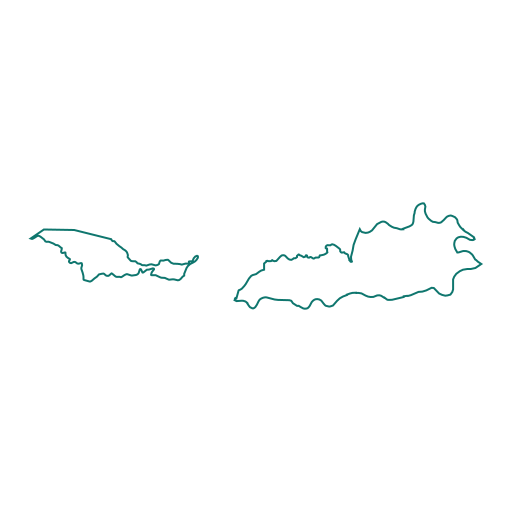 Hatillo De Loba, Bolívar, Colombia (Albers equal-area conic projection)
{"feature_id": "7082276B61387460600045", "entity_name": "Hatillo De Loba", "entity_type": "district", "adm_level": 2, "iso_a3": "COL", "parent_name": "Colombia", "parent_adm1": "Bolívar", "projection": "albers", "projection_center": [-74.128, 8.992], "detail": "fine", "context": "isolated", "style": "outline", "palette": "teal", "viewbox_px": 512, "rotation_deg": 0, "n_neighbors": 0, "source": "geoboundaries", "source_scale": "gbopen_adm2", "svg_char_len": 6051}
<svg xmlns="http://www.w3.org/2000/svg" viewBox="0 0 512 512"><path d="M388.0,299.9L392.0,299.8L403.7,297.0L403.7,296.3L407.3,295.8L407.8,296.0L410.8,295.2L418.5,291.9L422.4,291.6L426.3,290.4L431.6,287.8L433.8,288.0L439.1,293.5L442.1,294.9L445.3,295.7L447.5,295.4L450.4,294.6L452.3,292.0L453.1,289.4L453.1,279.4L454.2,276.7L456.3,273.8L459.8,271.2L463.0,269.7L467.3,269.0L470.8,269.0L475.4,268.0L481.3,264.0L477.9,261.7L476.2,260.1L475.2,259.5L472.8,255.4L472.0,254.4L469.5,252.3L468.2,251.7L466.2,251.1L463.7,251.0L462.5,251.2L458.7,252.4L457.3,252.5L455.3,249.0L454.5,246.5L454.2,244.8L454.3,243.1L454.8,240.9L456.6,238.4L458.3,237.3L460.9,236.7L463.5,236.9L466.4,237.8L469.9,239.8L472.3,240.1L473.5,239.9L474.0,239.6L474.1,238.8L473.9,238.0L474.3,238.2L474.0,237.3L467.9,233.0L465.4,231.7L464.3,230.8L463.4,229.6L463.2,229.9L460.4,227.1L459.3,225.5L457.7,222.7L457.3,220.2L456.8,219.2L455.0,217.2L452.4,216.0L450.8,215.5L449.0,215.8L447.3,216.5L446.2,217.4L443.4,220.4L442.7,220.9L441.9,221.7L440.8,222.5L439.7,222.8L438.2,222.9L435.3,222.1L432.8,221.8L431.1,220.8L428.6,218.7L427.5,217.4L425.6,213.7L424.9,211.3L424.9,209.4L425.4,206.6L424.9,204.9L423.9,203.4L422.8,203.3L421.1,203.7L419.0,204.7L417.5,205.8L416.4,207.2L415.5,209.0L414.7,211.6L414.6,213.0L413.9,215.3L413.4,221.6L413.0,223.1L412.4,224.4L411.5,225.2L409.4,226.4L402.9,228.8L403.1,229.3L401.6,229.4L400.1,229.3L396.8,228.2L394.0,227.7L391.9,226.8L389.8,225.5L388.8,224.8L387.9,223.8L385.5,222.1L384.0,221.6L382.4,221.6L381.3,221.9L377.1,224.1L372.0,230.4L369.7,231.9L367.9,232.6L365.6,232.9L362.1,232.1L360.8,231.1L359.8,229.2L355.6,239.4L353.6,244.9L352.6,250.6L351.0,256.8L351.2,259.6L351.9,261.6L351.7,261.8L350.6,261.7L350.3,261.3L350.6,261.1L349.4,260.3L349.6,259.4L349.2,259.2L348.2,256.2L348.1,255.1L347.4,254.3L345.2,253.4L344.4,252.8L344.2,252.3L343.5,252.3L342.7,252.5L341.7,252.6L340.9,252.2L340.2,251.2L340.2,249.9L339.9,249.1L339.0,248.3L336.0,246.0L334.1,244.8L332.3,244.3L331.5,244.5L330.4,245.3L327.3,245.2L326.3,245.8L325.7,246.9L325.7,248.1L326.0,248.4L327.0,248.6L327.1,249.0L327.1,251.4L327.4,252.3L327.0,252.8L325.5,253.9L323.8,254.7L321.0,255.3L320.0,255.3L319.7,255.6L319.5,256.4L319.1,257.2L318.5,257.5L315.5,257.6L314.0,258.5L313.2,258.5L311.0,257.1L310.2,257.0L309.3,257.6L308.2,257.6L307.3,257.1L307.0,255.6L306.6,255.3L306.0,255.3L305.0,256.8L303.7,257.2L301.4,255.8L299.7,255.2L299.1,254.6L298.5,254.5L297.0,255.9L297.0,257.1L295.5,258.2L293.7,258.3L292.9,259.0L291.5,259.8L290.0,259.7L289.0,259.3L287.7,258.4L285.2,255.8L284.1,255.3L283.0,255.2L281.6,255.5L280.0,256.9L276.4,260.9L274.5,261.2L272.8,260.7L272.4,260.2L271.9,260.3L271.6,260.8L271.0,261.1L268.8,261.2L267.2,260.8L266.5,261.0L266.6,261.4L264.1,263.5L264.1,269.7L261.3,270.5L259.3,271.7L256.1,274.1L252.6,275.1L251.2,275.9L249.0,278.5L245.7,284.1L244.2,286.1L241.8,288.7L240.2,289.7L239.0,290.1L238.6,290.5L236.4,298.4L235.4,298.0L235.2,298.3L235.6,298.5L234.6,300.1L236.5,301.1L241.8,300.7L243.3,300.8L245.5,301.5L247.4,303.0L247.5,303.2L247.3,303.4L248.8,305.7L250.0,307.2L252.3,308.3L253.2,308.4L254.3,307.9L255.3,307.1L256.9,304.7L258.5,301.4L259.7,299.6L261.3,298.5L263.2,297.7L265.2,297.3L266.6,297.4L274.6,299.5L277.9,299.9L289.4,300.2L291.3,300.8L292.9,303.2L296.9,305.8L297.8,305.9L298.7,305.8L300.6,307.0L303.2,308.4L304.6,308.7L306.2,308.6L307.6,308.2L308.7,307.2L309.7,305.9L311.7,302.1L313.0,300.7L314.4,299.7L315.8,299.2L317.5,299.1L319.4,299.5L321.3,300.6L323.6,303.6L325.1,305.3L325.9,305.8L328.8,306.5L329.9,306.5L331.0,306.2L333.0,305.5L337.0,300.9L339.8,298.3L343.0,296.5L347.0,295.0L346.9,294.6L350.0,293.5L352.4,292.9L356.1,292.7L356.2,293.0L358.4,292.9L361.5,293.4L365.6,295.6L368.1,296.6L370.6,297.0L373.4,296.9L377.2,295.4L379.5,295.3L381.2,295.8L384.3,297.8L384.5,297.6L386.9,299.5L388.0,299.9ZM197.9,256.3L197.0,255.8L195.3,256.5L193.7,258.3L192.7,260.7L192.3,261.1L191.7,261.3L189.2,261.4L188.9,261.7L189.0,263.1L188.6,263.6L185.5,263.6L181.8,264.6L179.9,264.1L177.2,263.8L173.5,263.7L171.2,262.8L168.4,260.1L167.9,259.8L167.2,259.8L165.5,260.0L163.5,260.6L160.8,260.5L160.4,260.7L159.8,261.4L158.9,264.1L157.8,264.8L156.6,265.2L155.7,265.4L151.5,264.3L149.6,264.5L146.3,265.6L144.7,265.2L142.5,265.2L141.8,265.0L140.9,264.3L139.7,263.8L137.5,263.3L136.7,262.3L135.4,261.3L132.1,261.2L130.8,260.8L127.9,257.5L127.6,257.0L127.9,255.2L127.7,254.4L127.0,252.4L126.1,251.2L124.8,250.1L123.2,249.2L121.3,247.5L119.4,246.2L118.2,245.2L116.5,243.8L114.8,241.6L114.3,241.2L112.7,241.1L111.8,240.4L111.2,239.2L74.2,230.0L43.9,229.5L30.7,238.5L31.9,238.9L32.6,238.8L34.6,237.7L36.9,236.2L37.9,235.8L38.8,235.8L40.4,236.6L44.0,239.4L45.4,241.4L46.6,241.8L48.4,241.7L49.5,242.0L53.5,243.6L55.7,245.0L57.7,245.2L58.8,245.8L60.4,247.2L61.8,248.2L61.6,249.7L61.1,251.3L61.3,252.3L61.6,252.7L62.1,252.9L62.8,253.0L65.0,252.4L65.4,252.6L65.6,255.0L66.4,256.6L67.9,257.9L69.8,259.0L69.9,259.3L69.8,259.8L69.0,261.1L69.0,261.6L69.2,262.1L69.7,262.6L70.3,263.0L71.3,263.1L73.6,262.0L74.5,261.9L75.4,262.1L77.3,263.5L77.9,263.6L78.6,263.7L80.9,263.1L81.6,263.2L81.9,263.8L82.1,265.3L81.3,268.0L81.4,269.1L82.6,272.6L83.3,275.3L83.5,276.9L83.5,279.1L83.6,279.6L84.1,280.0L89.5,281.5L90.3,281.5L91.6,280.9L94.5,278.4L96.9,276.7L99.0,274.4L102.1,273.7L103.6,273.6L104.3,274.0L105.6,275.2L106.4,275.7L108.1,275.9L109.2,275.4L111.2,273.6L111.6,273.4L112.2,273.7L115.3,276.3L116.0,276.7L116.9,276.9L119.4,276.8L121.0,277.2L122.1,276.7L124.6,275.0L126.4,274.2L127.3,274.2L131.3,275.5L132.4,275.5L136.0,275.0L137.2,274.5L138.1,273.8L138.7,272.9L139.7,269.7L140.0,269.2L140.5,269.1L140.9,269.3L141.4,270.2L142.4,272.4L142.8,272.6L143.4,272.4L146.9,269.7L148.9,269.6L152.7,268.4L153.5,268.5L153.9,268.7L154.0,269.4L152.1,271.8L151.5,273.0L151.1,274.6L151.2,275.0L151.7,275.2L155.7,275.2L159.9,277.2L161.3,277.7L164.8,277.9L168.7,279.6L169.2,279.7L172.8,279.3L174.1,279.4L177.9,280.3L179.2,280.0L180.6,279.0L182.7,276.6L184.2,275.6L184.2,273.8L186.6,267.9L187.9,266.0L190.2,264.0L193.5,262.3L195.1,261.3L196.5,259.9L197.9,257.7L197.9,256.3Z" fill="none" stroke="#0f766e" stroke-width="2"/></svg>